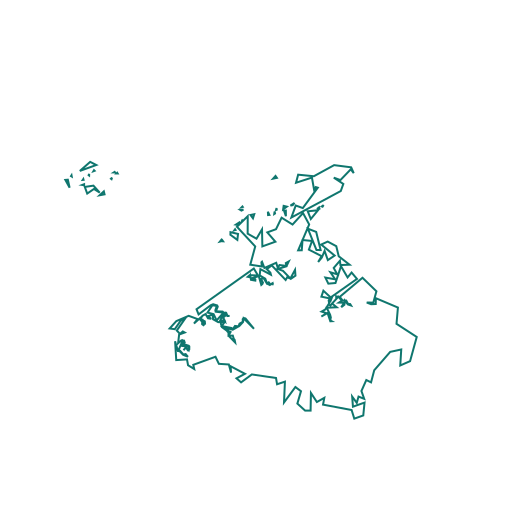 the district of San Lorenzo, Chiriquí, Panama, rotated 135°
{"feature_id": "35544464B69995284434654", "entity_name": "San Lorenzo", "entity_type": "district", "adm_level": 2, "iso_a3": "PAN", "parent_name": "Panama", "parent_adm1": "Chiriquí", "projection": "albers", "projection_center": [-82.13, 8.214], "detail": "fine", "context": "isolated", "style": "outline", "palette": "teal", "viewbox_px": 512, "rotation_deg": 135, "n_neighbors": 0, "source": "geoboundaries", "source_scale": "gbopen_adm2", "svg_char_len": 6188}
<svg xmlns="http://www.w3.org/2000/svg" viewBox="0 0 512 512"><g transform="rotate(135 256 256)"><path d="M351.9,196.0L347.1,180.5L356.3,183.3L355.9,177.2L342.7,175.2L328.1,155.6L331.8,150.4L324.4,146.7L339.8,132.6L320.8,135.5L319.8,128.6L331.1,122.4L330.6,112.0L326.7,108.1L314.0,120.3L316.2,109.7L308.0,107.4L313.7,103.5L297.3,79.5L301.5,71.5L292.9,67.4L282.9,75.6L294.0,80.9L287.4,88.6L288.6,80.9L282.9,84.1L280.5,78.5L276.9,86.0L265.7,90.3L264.0,85.3L253.2,91.6L228.9,93.3L219.4,87.2L231.4,76.6L221.4,72.7L199.6,85.1L204.6,108.7L192.1,119.2L201.1,141.4L205.3,137.4L208.7,140.5L210.6,144.8L206.0,140.1L195.8,145.9L196.1,165.3L225.7,167.9L226.2,163.3L223.7,160.7L224.8,157.0L223.4,155.4L223.8,153.8L225.3,156.8L224.7,161.6L228.0,159.0L231.9,159.5L226.7,160.6L230.3,164.4L226.9,163.7L226.5,169.0L235.8,168.6L235.2,162.7L242.6,169.4L245.1,162.1L246.4,159.9L249.0,157.8L248.6,156.4L249.6,157.3L245.7,165.1L252.6,167.0L246.5,165.5L248.9,170.3L244.8,169.2L237.8,170.8L236.0,173.2L233.6,173.5L238.5,181.0L232.9,183.8L232.5,173.9L200.8,168.4L200.1,176.7L206.4,176.1L203.1,188.7L218.9,180.7L224.4,185.3L222.2,191.7L216.5,183.5L214.9,191.9L211.5,185.6L209.5,192.6L200.0,193.3L202.7,189.9L196.0,183.7L197.7,197.3L192.3,206.2L195.1,215.5L201.8,218.0L200.1,200.7L208.1,202.3L203.9,211.1L210.5,208.4L216.3,207.8L209.7,209.5L214.1,223.1L205.7,227.0L211.8,234.4L219.6,227.7L222.2,230.2L196.1,240.7L192.4,253.1L207.9,252.4L210.8,265.0L222.9,260.8L231.3,264.7L232.2,252.4L244.7,258.3L232.9,270.6L243.4,267.9L246.1,277.7L233.7,290.0L248.8,290.1L249.8,263.3L266.2,253.9L259.3,244.5L256.6,247.7L255.8,247.7L258.5,241.6L246.5,236.9L249.0,232.2L245.8,233.0L241.5,227.5L239.9,229.9L236.7,229.0L241.8,227.2L249.7,231.4L247.4,226.4L247.6,215.8L238.2,218.6L242.0,214.2L247.4,215.2L249.0,218.9L252.0,218.1L251.5,238.2L257.7,239.1L257.6,234.1L258.7,232.2L262.2,243.6L267.1,239.7L265.5,233.4L267.6,228.8L265.6,228.4L265.6,227.6L266.4,225.8L263.6,225.1L263.7,224.5L265.0,223.8L263.7,225.0L266.7,225.7L267.8,228.7L266.3,234.8L268.7,236.4L269.9,232.3L271.3,231.7L272.7,231.8L268.3,239.8L275.5,243.7L273.0,240.5L273.0,239.9L273.9,239.1L276.4,242.7L273.9,246.3L275.5,245.6L276.5,247.1L274.0,246.9L268.4,240.8L266.4,248.7L335.7,260.4L337.9,255.3L322.8,253.2L320.4,252.2L318.4,248.5L318.9,247.2L323.5,245.3L318.9,240.3L318.9,238.6L326.9,235.7L325.0,233.5L324.5,231.6L322.9,235.8L321.9,236.0L320.2,235.7L319.6,237.3L317.7,237.6L317.3,236.8L318.5,233.9L317.1,232.3L318.7,233.8L317.5,237.0L318.7,237.4L320.1,235.5L322.7,235.7L324.1,231.6L329.8,230.7L324.2,222.4L324.4,220.6L320.3,221.4L318.1,218.6L315.5,219.8L311.8,218.8L310.1,220.7L309.0,220.9L308.0,220.1L307.6,219.2L308.9,206.0L308.8,220.7L311.8,218.5L317.2,218.3L324.2,220.2L329.4,227.9L327.6,223.5L328.9,222.1L327.5,220.5L328.0,220.1L328.7,220.0L329.6,221.0L329.6,219.7L331.6,218.9L328.7,216.1L329.9,213.9L331.0,213.6L330.3,212.8L330.4,211.8L331.9,209.6L331.8,219.1L329.6,221.3L327.9,220.5L329.2,222.3L330.4,229.9L327.7,234.8L329.5,235.9L331.1,241.6L328.1,244.9L332.8,247.7L332.0,243.2L334.0,245.9L332.7,250.6L336.1,251.6L340.1,250.8L338.9,248.9L340.3,247.7L338.9,247.7L338.4,246.0L339.9,244.2L341.6,244.9L341.8,245.9L341.9,243.3L342.3,245.7L341.5,246.1L340.0,244.4L338.8,246.0L340.6,247.5L340.4,250.7L337.9,251.6L347.6,252.1L341.9,252.7L345.9,261.3L358.4,266.3L368.3,265.8L365.2,261.7L355.6,263.4L351.2,263.1L350.2,261.9L364.7,259.3L364.8,254.7L361.1,254.4L360.5,252.3L365.9,254.8L372.8,249.4L368.3,249.1L366.7,247.0L367.7,245.3L371.3,245.7L369.1,244.2L367.0,240.0L367.2,239.1L369.3,237.1L370.5,236.9L370.9,237.4L370.2,240.9L373.9,240.6L370.1,241.1L370.2,237.1L367.4,239.3L371.9,244.7L371.5,245.9L370.7,246.6L367.5,245.9L367.6,248.1L377.8,244.0L376.7,242.8L377.0,237.7L375.1,236.4L375.4,232.9L377.4,237.7L377.3,242.8L378.4,244.0L373.5,252.9L386.0,238.8L377.9,231.7L381.3,226.8L379.6,219.8L377.3,223.4L355.9,213.4L358.5,206.0L351.9,198.5L356.1,191.2L351.9,196.0ZM150.1,242.0L143.3,245.2L145.6,256.4L142.6,250.0L127.7,250.3L128.3,245.5L126.0,251.4L136.5,265.0L158.7,271.5L168.7,283.7L175.9,279.5L161.0,271.9L168.0,261.9L165.0,262.5L164.0,260.6L189.0,256.8L192.2,263.6L203.8,258.2L150.1,242.0ZM209.0,217.5L206.1,214.5L196.4,230.5L200.0,238.6L209.0,217.5ZM329.4,238.3L319.0,238.9L323.8,245.0L323.1,246.4L319.0,248.4L321.7,252.0L330.3,250.3L327.1,244.9L329.4,238.3ZM191.1,243.4L179.8,244.5L187.8,251.0L191.1,243.4ZM320.4,440.7L304.6,433.3L306.7,439.8L320.4,440.7ZM321.7,411.3L321.2,420.7L328.2,425.9L331.2,419.5L323.2,418.0L321.7,411.3ZM257.8,280.6L253.1,284.3L257.2,290.9L259.1,289.1L257.8,280.6ZM337.0,444.6L339.5,436.1L335.1,443.0L337.0,444.6ZM323.6,409.5L319.5,406.7L317.9,409.3L323.6,409.5ZM189.2,298.6L186.0,296.5L185.6,298.8L189.2,298.6ZM203.8,269.8L199.3,269.1L201.0,271.9L203.8,269.8ZM206.7,263.0L202.8,267.0L204.2,268.1L206.7,263.0ZM230.9,288.9L231.5,284.8L227.7,286.8L230.9,288.9ZM233.1,173.2L236.5,170.9L232.3,172.7L233.1,173.2ZM196.0,267.3L194.1,266.0L191.3,266.3L196.0,267.3ZM216.3,278.9L218.5,276.4L217.5,275.6L216.3,278.9ZM247.5,291.7L242.9,291.3L248.0,292.4L247.5,291.7ZM211.4,274.3L213.4,272.8L212.5,272.6L211.4,274.3ZM179.6,246.1L177.6,244.7L177.0,245.8L179.6,246.1ZM325.3,233.0L327.7,233.9L325.5,232.2L325.3,233.0ZM234.2,298.4L232.1,297.7L234.5,299.7L234.2,298.4ZM238.4,168.3L236.3,168.5L238.5,168.7L238.4,168.3ZM328.6,429.1L327.5,427.6L326.8,428.3L328.6,429.1ZM228.9,169.6L227.0,169.5L227.8,170.8L228.9,169.6ZM270.0,290.9L268.9,289.7L268.8,290.3L270.0,290.9ZM207.6,275.4L209.3,274.4L208.6,274.1L207.6,275.4ZM270.8,291.4L267.7,292.1L271.3,291.7L270.8,291.4ZM323.7,432.5L324.7,432.3L324.1,431.8L323.7,432.5ZM174.1,243.8L172.2,244.2L174.4,244.5L174.1,243.8ZM309.9,431.2L311.0,430.9L309.9,430.4L309.9,431.2ZM244.4,165.1L245.5,164.3L245.0,163.5L244.4,165.1ZM302.4,413.2L303.9,413.2L303.8,412.5L302.4,413.2ZM240.5,290.9L241.8,290.5L240.5,290.4L240.5,290.9ZM315.9,432.0L317.2,431.5L317.1,430.9L315.9,432.0ZM295.3,413.0L296.3,413.0L295.5,412.2L295.3,413.0ZM253.1,289.5L252.1,288.9L251.9,289.7L253.1,289.5ZM296.5,415.4L297.4,415.6L296.6,414.8L296.5,415.4ZM230.6,300.6L231.5,300.6L230.7,300.1L230.6,300.6ZM329.4,443.5L330.3,443.3L330.1,442.5L329.4,443.5ZM247.3,161.1L246.5,160.3L246.4,160.6L247.3,161.1Z" fill="none" stroke="#0f766e" stroke-width="2"/></g></svg>